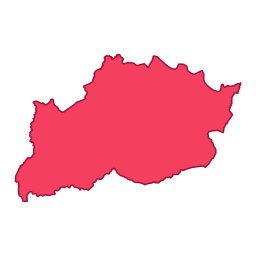 the district of Dan Makham Tia, Kanchanaburi, Thailand
{"feature_id": "78962969B50658242834592", "entity_name": "Dan Makham Tia", "entity_type": "district", "adm_level": 2, "iso_a3": "THA", "parent_name": "Thailand", "parent_adm1": "Kanchanaburi", "projection": "albers", "projection_center": [99.312, 13.84], "detail": "fine", "context": "isolated", "style": "filled", "palette": "rose", "viewbox_px": 256, "rotation_deg": 0, "n_neighbors": 0, "source": "geoboundaries", "source_scale": "gbopen_adm2", "svg_char_len": 5721}
<svg xmlns="http://www.w3.org/2000/svg" viewBox="0 0 256 256"><path d="M215.8,149.5L215.5,149.3L214.6,147.4L213.5,145.7L212.8,142.8L211.6,142.2L211.7,140.7L211.4,140.0L210.8,139.4L209.8,139.0L209.4,138.3L208.4,137.7L208.4,136.2L208.2,135.6L208.1,134.6L207.5,134.3L208.6,131.8L211.4,131.0L217.3,130.3L223.3,132.4L223.7,130.3L223.9,128.1L226.2,123.5L227.0,123.7L228.1,120.9L232.0,115.6L232.4,114.6L230.3,111.7L229.6,111.5L229.4,108.7L229.5,107.6L230.3,107.6L230.5,105.9L231.0,105.8L231.3,104.0L231.7,104.0L231.9,102.2L231.5,101.9L232.1,97.5L231.8,97.2L233.4,95.2L234.1,93.5L233.9,93.2L236.7,92.8L237.9,93.2L238.4,90.2L239.7,87.8L239.6,87.3L239.1,86.9L239.6,86.6L239.5,86.1L240.5,84.7L240.6,83.9L240.5,83.1L239.4,83.8L238.3,83.7L237.2,84.0L235.1,85.0L234.2,85.8L232.7,85.8L231.8,86.2L229.5,86.2L227.8,85.7L227.1,85.8L226.2,86.3L225.4,87.3L224.4,87.0L223.6,86.6L223.7,85.9L223.1,84.5L222.1,84.4L221.4,84.9L220.6,90.1L220.4,90.6L219.0,91.6L217.6,91.6L213.7,90.3L209.5,87.5L206.9,85.1L204.8,82.5L204.0,81.1L203.7,79.0L203.8,74.3L203.1,72.9L202.4,70.9L201.3,70.9L194.7,74.2L193.4,74.1L191.7,73.4L188.4,71.3L187.4,69.7L187.0,67.2L186.7,66.4L186.2,65.9L183.5,64.3L178.9,64.1L178.3,64.7L177.4,67.4L175.9,68.9L173.9,69.1L172.5,68.9L171.4,68.6L168.1,66.5L165.1,64.1L157.2,56.9L156.3,56.5L153.8,56.0L153.3,56.2L152.4,60.2L149.6,64.7L148.6,66.6L148.5,67.2L148.0,67.4L147.1,67.0L145.2,64.4L144.5,63.9L143.2,64.0L137.2,65.5L136.2,65.3L133.7,63.2L131.0,62.7L128.1,62.6L123.8,63.8L123.0,63.7L122.3,62.9L122.2,61.4L123.2,59.5L123.3,58.7L122.5,57.8L120.4,56.6L119.9,54.9L119.3,54.8L118.7,54.5L118.1,54.7L117.6,54.6L116.4,55.3L116.4,56.2L116.6,56.4L116.6,56.9L115.1,56.9L114.9,57.8L114.6,58.1L113.7,58.4L113.2,59.0L112.3,59.2L111.9,58.8L112.1,57.6L111.5,57.5L111.6,57.1L111.2,56.7L110.4,56.7L109.2,55.8L108.9,56.0L108.0,56.1L107.0,55.7L105.1,56.6L105.1,57.1L104.4,57.4L104.4,57.8L104.8,58.2L104.6,58.9L104.9,59.4L104.9,60.9L104.7,61.5L103.8,61.9L103.8,62.6L103.1,62.9L102.4,63.9L102.4,64.2L102.9,64.6L103.2,65.5L102.7,66.2L102.3,66.0L101.9,66.2L102.2,66.8L102.0,67.5L101.5,68.2L100.9,68.6L100.4,68.6L100.4,69.3L99.9,69.0L99.0,69.6L98.4,69.3L97.3,70.2L96.6,70.3L94.8,72.2L94.6,72.5L94.8,72.8L94.1,73.5L94.6,75.3L94.5,77.0L93.9,77.0L93.2,78.6L92.8,81.6L92.4,82.0L91.2,82.4L89.7,83.8L87.2,84.6L83.7,86.2L83.7,87.1L85.0,88.3L85.1,90.1L86.1,91.2L86.7,91.5L87.1,92.6L86.9,93.9L86.6,94.5L86.3,95.1L85.2,96.1L85.0,97.7L85.4,98.6L84.7,99.2L79.1,101.6L76.8,102.1L74.3,104.6L63.7,111.9L62.7,112.1L61.4,111.9L59.5,110.5L58.9,109.9L57.7,107.5L54.7,105.4L54.0,104.2L53.2,99.9L52.6,99.3L51.8,99.2L51.0,99.5L50.3,101.1L48.8,103.0L45.7,105.0L45.1,104.9L42.7,102.8L41.0,103.6L39.0,102.2L36.7,101.3L35.5,101.2L33.4,102.1L33.4,102.6L34.2,103.5L34.8,105.1L35.7,105.7L36.5,106.4L36.0,107.9L35.8,109.9L36.5,111.4L35.3,112.5L35.6,113.7L35.5,114.1L34.2,114.8L34.6,117.1L34.2,118.2L33.7,118.2L33.2,118.7L33.8,119.5L33.9,121.4L31.8,122.3L31.7,123.0L30.7,124.1L31.6,125.9L30.6,126.7L30.6,127.0L31.1,127.9L31.7,128.6L31.4,129.4L32.0,129.7L32.1,130.0L31.5,131.3L29.9,132.5L30.0,133.8L29.8,135.9L30.1,136.5L31.3,137.5L31.7,138.2L30.2,140.4L30.0,141.2L31.0,141.8L31.6,142.4L32.4,142.0L32.6,142.4L33.4,142.7L33.2,143.2L33.5,143.6L33.6,144.2L33.4,144.5L33.5,144.9L33.2,145.2L33.9,146.2L34.4,147.7L34.1,148.0L33.7,149.4L33.5,151.8L34.2,153.2L33.7,154.9L33.0,155.0L32.4,155.4L32.1,157.1L31.3,157.1L30.8,157.7L29.4,158.0L29.1,158.4L28.7,158.3L28.4,157.8L27.8,158.0L27.4,158.6L26.5,159.3L26.1,160.4L25.4,160.4L25.4,161.1L25.0,162.1L23.7,162.4L24.0,163.1L23.6,163.5L23.1,164.4L22.5,164.9L21.1,165.3L20.2,166.1L20.2,166.3L20.6,166.7L20.4,167.6L19.7,167.9L19.2,169.0L18.8,169.1L18.5,170.3L15.9,175.6L15.4,181.2L16.5,182.0L17.4,181.8L18.3,182.0L18.8,182.5L18.4,184.2L18.7,184.6L18.6,185.0L18.8,185.1L18.5,189.3L18.7,193.4L19.1,195.2L20.2,196.4L21.6,196.8L21.8,197.8L22.5,199.2L22.9,200.9L25.2,201.5L26.0,201.2L26.5,201.1L27.0,201.3L27.2,201.1L26.9,196.4L27.1,194.8L29.2,192.3L30.4,191.7L31.2,191.7L31.6,191.9L32.8,194.0L35.1,193.6L35.9,193.7L36.2,194.0L36.9,195.9L37.9,196.5L38.6,196.4L39.6,195.1L39.9,195.0L41.4,195.2L42.8,196.0L44.3,195.1L45.7,194.7L47.8,195.4L49.8,195.3L51.8,194.5L54.3,194.4L54.8,194.2L55.2,193.7L54.6,192.6L54.3,190.9L55.4,190.5L57.5,190.7L59.3,189.7L59.7,189.2L60.2,187.6L60.6,187.3L61.6,186.9L63.4,187.4L64.5,187.5L66.2,186.5L67.2,186.4L69.3,187.8L69.8,187.6L70.0,186.7L71.3,185.2L72.5,184.9L72.8,185.0L74.5,187.1L76.4,187.4L79.2,188.3L79.9,189.8L80.5,189.7L81.4,188.2L81.9,188.0L83.9,189.6L84.3,189.7L86.3,189.1L88.5,190.1L90.3,188.2L91.1,187.7L93.1,185.9L93.4,185.2L92.9,183.6L93.0,182.8L93.7,182.2L95.4,181.9L96.0,181.0L96.3,179.7L97.5,178.8L98.3,178.9L100.1,179.4L101.2,179.1L102.9,177.5L103.6,176.6L104.2,175.2L104.7,174.8L105.9,173.9L106.7,173.6L108.9,174.0L109.3,173.5L110.3,171.4L111.7,170.8L111.8,169.5L112.0,169.2L113.6,168.9L114.0,168.4L115.2,169.0L117.5,173.3L118.6,173.8L120.4,175.5L124.3,176.7L125.2,177.6L126.7,177.9L127.4,178.8L128.2,179.3L130.0,179.9L132.2,180.3L133.7,181.6L134.7,182.1L136.0,182.4L138.2,182.4L139.1,182.7L140.0,182.5L140.6,183.0L142.3,183.4L144.9,184.7L145.1,184.2L145.9,184.3L148.2,183.5L151.2,183.2L152.5,182.6L152.8,182.0L153.7,182.0L154.0,182.2L154.8,181.9L155.6,182.2L155.5,182.7L158.5,182.8L159.1,182.6L159.5,181.5L160.9,181.1L161.4,180.4L162.9,180.4L163.8,179.2L165.2,178.6L165.9,177.3L166.5,177.3L167.1,177.6L169.5,177.2L170.7,177.8L171.1,177.3L171.6,177.4L171.7,176.9L172.2,176.5L172.2,176.0L172.8,175.4L172.7,174.4L177.2,174.4L178.2,174.2L179.4,172.4L180.2,172.2L180.4,170.2L180.6,170.0L184.0,170.3L184.5,169.7L191.2,167.6L198.8,166.4L203.8,166.0L205.2,167.3L208.7,164.0L209.7,162.2L212.5,158.2L212.9,158.3L215.4,154.2L215.6,153.8L215.8,152.4L215.8,149.5Z" fill="#f43f5e" stroke="#9f1239" stroke-width="1.5"/></svg>